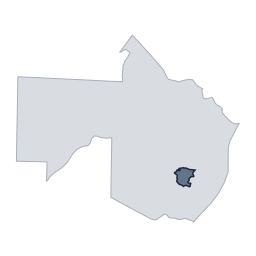 Sololá on a map of Guatemala (Natural Earth projection), rotated 271°
{"feature_id": "GTM-1954", "entity_name": "Sololá", "entity_type": "Department", "adm_level": 1, "iso_a3": "GTM", "parent_name": "Guatemala", "parent_adm1": "", "projection": "natural_earth1", "projection_center": [-91.246, 14.721], "detail": "fine", "context": "in_parent", "style": "filled", "palette": "slate", "viewbox_px": 256, "rotation_deg": 271, "n_neighbors": 0, "source": "natural_earth", "source_scale": "10m", "svg_char_len": 2602}
<svg xmlns="http://www.w3.org/2000/svg" viewBox="0 0 256 256"><g transform="rotate(271 128 128)"><path d="M35.1,195.0L36.3,193.6L37.3,190.4L38.6,187.1L37.8,183.3L37.4,180.2L38.8,175.7L38.7,172.3L39.3,170.2L41.4,168.8L42.6,166.3L36.6,157.4L36.6,155.3L37.4,152.8L42.2,143.3L48.0,132.0L54.4,119.6L58.3,112.1L72.3,112.0L81.6,112.0L93.4,112.0L106.2,112.0L114.6,112.0L118.0,111.9L117.4,107.0L117.9,101.6L119.4,96.8L119.4,94.6L116.9,91.9L112.1,90.4L109.4,88.1L109.3,85.1L108.1,81.5L105.8,77.3L100.9,73.0L93.5,68.6L87.2,62.7L82.0,55.3L77.6,50.5L74.3,48.6L73.5,47.5L83.4,47.6L92.7,47.7L92.8,37.1L92.8,27.6L92.9,17.0L109.8,17.0L130.1,17.0L151.1,17.0L167.6,17.0L177.3,17.0L176.9,30.3L176.5,45.6L176.1,56.8L175.7,71.8L175.2,87.2L174.5,108.1L174.1,121.6L174.3,121.9L179.8,121.3L188.0,121.9L190.0,121.8L192.5,123.0L194.5,123.4L198.6,126.4L203.5,128.7L206.6,124.1L205.0,121.3L203.7,119.8L203.9,118.6L220.9,130.6L218.9,132.5L214.6,136.8L206.8,144.1L199.8,150.7L193.1,156.6L187.0,162.0L186.3,162.5L178.6,166.4L177.3,168.1L175.7,175.7L174.9,177.6L176.4,181.8L177.8,188.3L177.3,191.7L172.0,195.9L169.6,199.6L168.5,202.1L167.5,201.4L165.9,201.3L162.1,202.2L160.2,202.4L158.7,203.5L158.5,205.8L159.6,209.6L159.9,211.6L158.9,212.5L154.2,214.8L152.3,217.0L150.6,220.5L148.5,222.0L146.4,221.7L144.8,222.2L141.6,224.8L136.7,229.9L134.1,233.7L134.0,236.5L134.5,239.0L116.7,230.1L110.7,228.6L85.7,228.8L74.9,225.2L62.7,218.5L54.4,212.3L35.1,195.0Z" fill="#d9dde1" stroke="#a8b0b8" stroke-width="1"/><path d="M88.4,179.8L88.5,180.1L89.2,184.2L88.9,185.2L88.9,185.4L89.0,186.6L88.0,189.2L87.7,189.8L87.5,190.3L87.5,191.5L87.1,195.8L85.3,194.3L84.7,193.8L84.3,193.6L84.0,193.6L83.5,193.6L83.1,193.6L81.8,194.4L80.8,194.6L80.6,194.5L80.5,194.4L80.5,194.2L80.6,193.4L80.6,192.8L80.5,192.3L80.4,192.1L80.2,191.8L78.9,190.5L78.4,189.9L78.1,189.8L77.6,189.9L76.5,190.0L75.9,189.3L75.3,188.9L74.9,188.9L74.6,189.0L74.2,189.3L74.0,189.5L74.0,189.9L74.0,190.5L74.0,191.0L73.7,191.7L73.1,191.5L71.0,191.2L70.3,190.4L71.4,188.0L71.6,187.3L71.6,187.1L71.6,186.8L71.0,185.0L70.9,184.8L70.6,184.5L72.0,182.4L72.6,180.2L74.9,178.0L75.3,177.8L75.8,177.7L76.9,177.9L77.3,178.1L77.6,178.2L77.9,178.2L78.9,177.8L79.5,177.8L79.8,177.8L80.6,178.1L81.0,178.2L81.3,178.1L81.8,177.9L82.4,177.2L83.0,176.2L83.9,175.2L84.5,175.5L84.7,176.2L85.2,177.1L85.5,177.3L85.9,177.4L86.2,177.5L86.7,177.7L86.9,177.9L87.0,178.1L86.9,178.5L86.7,178.7L86.4,179.2L86.3,179.3L86.3,179.5L86.3,179.8L86.3,180.4L86.4,180.6L86.5,180.8L86.8,180.8L86.9,180.7L87.0,180.7L87.2,180.3L87.4,179.6L87.6,179.4L88.4,179.8Z" fill="#64748b" stroke="#1e293b" stroke-width="1.5"/></g></svg>